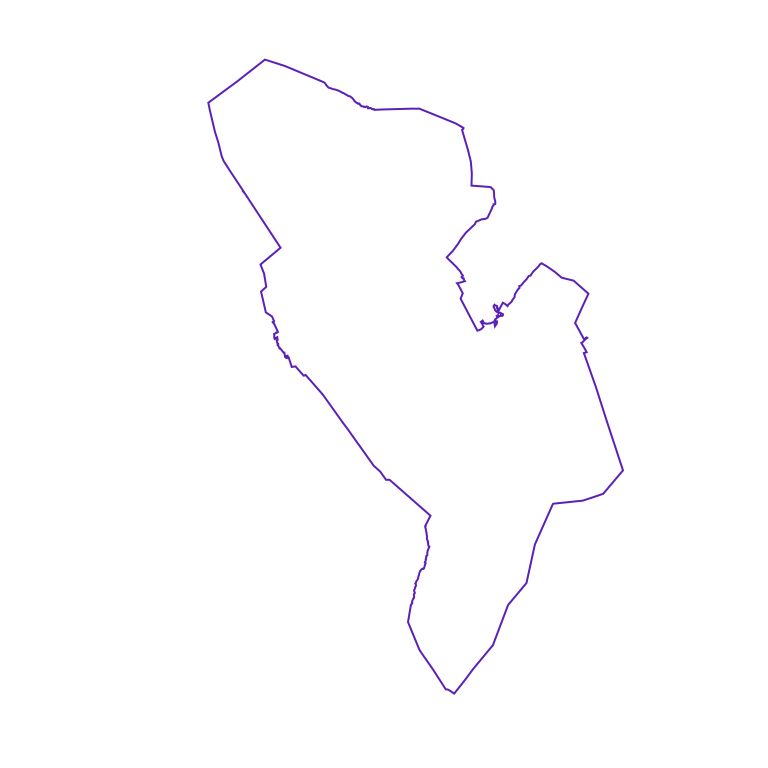 the district of Sel nor, Oppland, Norway, rotated 108°
{"feature_id": "86288312B5494531478451", "entity_name": "Sel nor", "entity_type": "district", "adm_level": 2, "iso_a3": "NOR", "parent_name": "Norway", "parent_adm1": "Oppland", "projection": "orthographic", "projection_center": [9.379, 61.759], "detail": "fine", "context": "isolated", "style": "outline", "palette": "violet", "viewbox_px": 768, "rotation_deg": 108, "n_neighbors": 0, "source": "geoboundaries", "source_scale": "gbopen_adm2", "svg_char_len": 6034}
<svg xmlns="http://www.w3.org/2000/svg" viewBox="0 0 768 768"><g transform="rotate(108 384 384)"><path d="M555.8,197.7L529.3,187.0L490.1,190.9L445.9,186.3L445.4,185.7L433.5,158.9L420.7,141.6L392.3,130.0L350.1,160.9L321.6,181.4L298.3,199.2L292.8,203.5L291.1,201.1L287.5,204.9L284.0,209.0L282.9,208.0L280.8,207.1L279.8,206.7L277.3,204.9L277.1,205.3L277.1,205.7L277.5,206.1L277.9,206.4L279.9,207.3L266.9,221.1L252.6,219.6L234.9,217.5L227.1,235.6L228.0,247.8L224.5,256.4L221.8,265.5L220.5,271.5L222.3,272.8L223.3,272.9L226.5,274.4L230.9,276.8L235.7,278.2L236.6,279.7L240.1,280.7L243.8,282.5L247.8,284.0L249.2,285.6L250.6,284.8L252.9,285.9L258.0,287.2L261.2,286.7L264.9,288.0L265.8,287.9L267.6,288.8L269.2,289.8L270.2,290.4L271.7,290.6L270.4,293.7L270.0,296.1L279.0,297.7L278.3,298.9L277.5,298.8L277.0,299.1L277.4,299.4L277.0,299.8L276.3,300.2L275.8,300.3L274.9,300.7L274.8,301.2L275.0,302.2L274.9,302.8L274.5,303.3L275.5,303.8L276.1,303.8L276.9,303.5L277.9,302.3L279.6,301.0L280.0,300.3L280.6,298.9L280.8,297.5L281.2,296.6L280.3,295.9L280.9,292.3L281.6,292.2L282.6,292.5L282.8,292.7L282.9,293.0L282.9,293.6L282.7,294.2L283.0,294.2L283.4,294.5L283.8,295.2L284.3,295.5L283.3,297.0L284.5,297.8L285.5,296.4L285.8,296.7L286.2,297.0L287.3,297.5L287.7,297.9L288.3,298.2L289.3,298.4L289.4,297.8L289.7,297.1L289.5,295.9L289.8,295.8L290.0,296.2L290.3,296.2L290.2,295.9L290.2,295.7L290.8,295.5L291.6,295.4L294.8,296.3L290.7,298.4L293.5,301.7L293.9,302.6L294.2,303.4L294.9,304.6L295.0,305.4L294.9,305.7L295.1,306.1L295.3,306.9L295.2,307.7L293.2,309.8L295.0,311.1L296.7,308.9L297.1,308.6L298.4,307.4L298.7,307.0L299.9,307.5L302.0,308.7L303.8,310.7L304.4,311.7L279.2,337.5L273.4,337.1L266.7,344.0L265.6,345.7L263.4,342.0L261.2,338.9L260.6,339.7L259.8,340.5L259.0,340.7L258.9,341.1L258.9,341.5L259.1,342.0L258.4,343.2L258.2,343.2L257.6,342.8L257.3,342.6L256.7,342.4L256.1,343.0L255.3,344.4L254.7,344.8L253.9,345.7L253.4,346.2L252.4,347.9L251.7,349.4L250.6,350.7L245.2,361.7L244.1,363.5L236.2,359.7L227.6,356.8L222.4,355.6L214.6,352.8L204.0,347.0L201.3,346.7L197.2,342.0L195.6,338.6L193.9,336.9L183.8,335.6L182.0,335.7L179.9,335.0L179.3,335.3L179.1,334.7L178.7,334.0L178.3,333.8L177.9,333.9L176.3,334.6L175.7,334.7L173.3,336.4L171.6,337.2L169.2,338.0L165.9,339.5L165.3,340.4L164.5,342.2L163.9,342.9L164.1,344.9L168.3,362.1L156.7,365.5L146.0,370.0L144.4,370.9L135.3,376.6L118.2,388.3L117.8,387.9L117.3,387.8L116.8,387.4L115.9,387.5L114.0,396.3L111.2,435.7L112.0,437.7L113.6,442.8L123.6,470.9L126.2,477.8L125.8,478.2L125.8,478.4L125.7,478.7L125.7,478.8L125.9,478.9L126.1,479.1L126.1,479.3L126.0,479.7L126.3,480.3L125.6,481.9L125.9,482.6L125.9,482.9L126.4,483.4L126.5,483.9L126.7,484.5L126.1,484.9L125.6,485.0L125.7,485.3L125.5,485.6L125.4,486.4L125.7,486.8L126.1,487.0L126.4,487.3L126.4,487.7L126.3,487.9L126.3,488.0L126.5,488.3L126.6,488.7L126.7,489.0L126.7,489.3L126.5,489.5L126.5,489.9L126.3,490.0L126.5,490.0L126.5,490.5L126.6,490.9L126.8,491.2L126.6,491.5L126.5,492.2L126.0,492.5L125.8,493.2L125.4,493.5L124.9,494.1L124.9,494.3L125.0,494.5L125.5,495.1L125.2,495.6L125.2,495.8L125.0,496.2L125.1,496.5L125.0,496.9L124.9,497.6L124.5,498.2L124.2,499.2L123.7,499.9L123.5,500.0L123.2,500.5L121.7,502.7L121.5,503.7L121.0,504.7L120.9,505.7L121.1,506.5L121.1,506.9L120.9,507.5L120.9,508.0L120.8,508.5L120.5,509.0L120.4,510.5L119.8,512.5L119.9,513.4L119.4,515.6L119.0,518.0L119.1,519.3L119.0,520.6L119.1,522.3L119.3,522.9L119.3,524.3L119.2,525.1L119.3,527.8L119.1,528.8L118.1,530.2L117.7,531.1L116.4,532.6L115.8,533.8L115.6,534.8L112.2,576.5L112.3,597.5L141.7,617.2L170.8,638.0L178.0,633.9L196.4,622.7L205.2,616.4L217.3,608.9L221.4,605.5L228.7,596.6L235.6,587.9L243.7,577.7L244.3,577.8L245.0,576.6L244.8,576.4L286.4,524.5L308.5,538.4L316.2,532.1L328.0,526.0L334.1,529.5L352.4,518.5L354.3,511.5L358.1,508.0L359.5,509.0L360.6,507.4L360.4,507.3L362.8,505.1L367.2,501.0L368.4,502.3L368.7,502.1L369.0,502.6L369.7,503.2L370.0,503.8L369.9,503.8L370.3,504.0L371.5,503.4L372.8,503.0L373.3,502.9L374.2,502.5L374.9,501.8L373.8,501.0L373.6,501.1L372.5,500.0L374.9,498.8L375.6,499.6L377.9,498.2L378.2,497.5L378.6,497.0L379.2,497.4L380.0,497.1L380.1,496.5L382.4,494.4L382.0,494.0L385.3,489.0L385.0,488.4L388.4,486.7L386.3,483.7L386.9,484.4L388.4,486.0L388.5,486.1L388.9,485.9L388.9,485.7L389.4,485.2L389.4,484.3L388.3,482.8L396.3,477.0L394.6,473.6L400.9,463.1L400.6,462.4L400.1,462.0L399.6,461.4L413.0,438.9L434.0,410.5L438.5,404.1L448.2,391.1L449.4,389.4L465.0,368.4L468.4,360.6L474.5,352.4L473.4,349.1L494.9,299.1L506.2,300.9L506.4,300.4L506.9,300.5L507.3,300.6L509.3,299.3L511.7,298.1L512.2,297.6L512.5,297.4L513.8,297.1L515.0,296.3L515.4,296.0L517.4,295.6L518.0,295.3L518.7,294.9L520.2,293.4L521.1,293.4L521.6,292.8L522.1,292.8L523.4,292.2L524.2,291.7L524.3,291.2L524.7,291.0L524.7,290.6L525.9,290.6L526.3,290.8L527.4,290.8L527.7,290.9L528.8,290.9L529.3,291.0L529.9,290.8L531.2,290.7L533.2,289.9L533.8,290.0L534.5,290.6L535.0,290.6L535.4,290.5L535.7,290.2L537.0,290.3L537.6,289.9L538.0,290.1L538.6,289.8L540.2,289.8L540.5,290.1L540.9,290.1L541.1,289.4L542.0,288.9L542.8,289.3L543.3,289.3L543.6,289.1L544.0,289.1L546.7,289.0L547.0,289.3L547.7,289.3L547.9,289.8L547.8,290.3L548.1,290.6L548.6,290.8L549.1,291.3L550.0,291.4L550.4,291.6L550.6,291.8L551.0,291.9L552.7,292.0L554.8,291.7L555.8,291.8L557.4,291.8L557.8,291.5L558.4,291.4L560.5,291.9L561.2,292.2L563.1,292.3L563.7,292.2L564.1,292.5L565.4,291.4L565.8,291.3L566.2,291.3L567.4,291.6L567.8,291.4L568.3,291.4L571.0,291.6L571.9,291.1L573.1,290.1L573.6,290.3L574.4,290.4L574.7,290.6L575.1,290.5L576.9,289.6L577.5,289.5L578.1,289.4L578.9,289.9L579.3,289.7L580.6,290.0L581.9,290.0L582.3,290.1L582.7,290.0L583.4,289.5L584.0,289.4L584.7,289.7L585.0,290.0L585.6,290.0L586.0,290.1L586.3,289.9L586.9,290.1L587.4,289.9L603.0,287.6L625.8,268.2L628.4,265.0L640.6,248.9L655.3,230.9L655.3,230.6L655.0,229.7L654.9,229.1L654.9,228.3L655.0,227.7L655.2,227.2L655.7,225.0L656.1,224.1L656.2,223.8L656.2,222.9L656.7,222.2L656.8,221.6L639.9,215.3L627.9,211.3L598.7,199.7L555.8,197.7Z" fill="none" stroke="#5b21b6" stroke-width="2"/></g></svg>